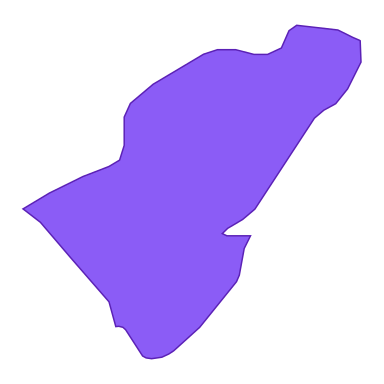 map outline of Flintshire (Albers equal-area conic projection), rotated 90°
{"feature_id": "GBR-2126", "entity_name": "Flintshire", "entity_type": "Unitary Authority (wales)", "adm_level": 1, "iso_a3": "GBR", "parent_name": "United Kingdom", "parent_adm1": "", "projection": "albers", "projection_center": [-3.16, 53.209], "detail": "fine", "context": "isolated", "style": "filled", "palette": "violet", "viewbox_px": 384, "rotation_deg": 90, "n_neighbors": 0, "source": "natural_earth", "source_scale": "10m", "svg_char_len": 779}
<svg xmlns="http://www.w3.org/2000/svg" viewBox="0 0 384 384"><g transform="rotate(90 192 192)"><path d="M235.8,133.5L248.5,139.8L275.2,144.7L281.7,147.5L327.3,184.3L350.8,210.3L354.0,215.2L357.2,222.1L358.7,232.4L357.9,237.9L356.0,241.4L329.7,258.4L327.3,261.1L326.3,265.2L326.6,268.2L326.2,268.3L301.8,275.0L258.0,313.1L222.3,343.6L208.9,361.0L193.0,334.5L176.5,301.0L166.5,275.1L160.1,264.4L145.4,259.8L131.7,259.8L117.1,259.8L103.4,253.6L84.2,230.8L64.2,197.2L54.2,180.4L49.7,166.6L49.7,148.3L54.4,130.1L54.4,116.4L48.0,102.6L30.7,95.0L25.3,87.3L30.0,46.1L37.4,31.2L40.2,24.7L40.8,23.8L62.1,23.0L88.9,36.4L103.7,48.3L110.2,60.2L118.2,69.6L209.1,129.1L219.5,141.4L228.3,156.3L233.6,161.7L235.8,157.1L235.8,133.5Z" fill="#8b5cf6" stroke="#5b21b6" stroke-width="1.5"/></g></svg>